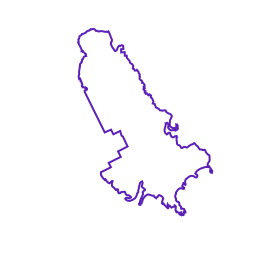 Shellharbour, New South Wales, Australia (Albers equal-area conic projection), rotated 54°
{"feature_id": "25037944B55724853403969", "entity_name": "Shellharbour", "entity_type": "district", "adm_level": 2, "iso_a3": "AUS", "parent_name": "Australia", "parent_adm1": "New South Wales", "projection": "albers", "projection_center": [150.774, -34.59], "detail": "fine", "context": "isolated", "style": "outline", "palette": "violet", "viewbox_px": 256, "rotation_deg": 54, "n_neighbors": 0, "source": "geoboundaries", "source_scale": "gbopen_adm2", "svg_char_len": 5819}
<svg xmlns="http://www.w3.org/2000/svg" viewBox="0 0 256 256"><g transform="rotate(54 128 128)"><path d="M197.4,163.3L196.9,163.0L197.0,161.5L194.0,157.1L193.3,154.5L193.2,151.8L193.8,150.5L197.4,147.8L197.9,146.9L199.3,147.1L201.3,146.5L200.8,145.6L201.1,145.1L201.2,144.3L200.4,143.1L200.7,142.0L203.3,140.8L205.6,140.8L206.1,141.2L206.4,142.0L207.8,143.9L208.7,144.7L209.8,144.7L210.0,144.6L210.1,144.0L209.8,143.6L210.0,143.5L211.2,143.8L213.9,143.4L214.7,142.8L215.3,143.2L216.3,143.0L216.5,142.7L216.0,142.0L213.4,141.2L213.1,140.8L214.0,141.0L215.2,139.9L217.9,139.7L218.3,137.8L218.7,137.2L218.6,136.4L217.9,135.7L218.0,135.6L219.8,135.5L222.2,137.8L223.0,137.8L223.3,138.1L224.2,138.3L224.7,138.2L224.7,137.4L225.6,137.2L226.3,136.7L227.9,137.1L230.0,136.2L230.0,135.9L229.7,135.7L227.6,135.2L227.3,134.9L227.4,134.5L228.6,134.8L229.4,134.5L230.2,135.1L230.9,134.7L231.1,134.3L231.0,134.1L230.3,134.1L230.0,133.0L228.7,132.1L230.1,131.2L229.9,130.9L229.4,131.0L228.5,130.6L226.4,130.3L225.6,131.0L225.2,131.8L224.4,132.5L223.9,132.3L223.5,131.6L222.1,131.4L220.2,131.7L218.9,130.6L218.1,130.6L217.6,130.6L216.6,131.5L214.9,131.7L213.3,130.6L212.2,130.6L210.8,129.8L210.1,129.1L209.6,128.0L208.4,127.1L207.4,124.4L207.2,122.4L207.3,121.5L208.1,120.2L209.9,119.0L210.1,118.3L209.3,117.6L207.6,118.3L207.0,118.3L206.5,118.0L206.2,116.9L205.9,116.4L205.2,115.9L205.1,115.3L205.7,115.0L207.4,115.2L207.8,115.0L207.7,114.7L207.2,114.3L205.8,114.0L204.0,112.4L203.5,111.5L203.3,109.2L203.3,107.0L203.8,105.0L205.5,103.2L207.5,102.6L208.3,101.5L208.1,100.6L207.1,99.7L206.3,99.6L205.7,100.1L204.4,100.3L203.7,98.8L203.2,96.6L203.5,93.2L204.7,89.2L205.9,87.1L207.2,85.6L207.3,84.9L206.8,84.8L205.7,85.6L204.7,85.4L203.6,84.1L202.7,81.8L202.1,80.9L198.3,78.4L197.7,78.3L196.9,78.8L193.8,79.3L191.3,78.6L190.6,78.9L189.9,80.5L188.9,80.8L187.6,82.5L185.6,82.6L184.0,82.4L182.0,83.0L180.0,83.0L179.1,83.3L179.2,85.0L178.6,86.5L178.4,88.6L178.5,91.6L178.0,92.3L176.7,93.0L176.1,94.3L176.0,96.0L175.3,96.6L172.9,96.3L170.8,97.6L169.8,97.7L165.0,95.0L164.6,94.5L164.3,93.7L163.8,93.9L163.0,93.5L162.2,95.1L162.4,96.0L161.9,97.3L160.4,98.0L159.1,97.6L158.4,97.7L157.0,97.0L156.4,97.0L155.9,97.6L155.8,98.3L155.7,98.8L156.0,99.1L156.0,100.4L153.9,100.8L152.1,100.3L150.4,99.0L148.2,96.2L147.2,95.2L146.7,95.0L147.0,94.8L146.6,93.7L146.9,93.2L148.5,93.2L150.1,94.0L151.0,95.1L151.4,95.4L153.8,95.2L155.4,94.4L156.4,92.3L157.5,91.5L156.1,91.1L155.9,90.6L156.5,90.5L157.5,89.5L158.1,89.6L158.3,89.1L157.6,87.8L156.6,87.5L155.4,86.5L154.1,86.2L153.5,86.8L154.5,87.1L154.3,87.4L155.6,88.1L155.5,90.5L153.8,92.2L151.7,92.9L150.4,92.7L148.1,91.0L146.2,89.2L145.2,87.0L144.3,85.7L143.0,85.3L141.6,85.6L139.6,86.9L137.7,87.6L136.2,87.3L135.6,87.5L135.1,88.1L134.3,89.9L132.4,91.8L130.6,91.8L129.8,92.4L128.8,92.6L127.7,93.4L124.4,92.3L122.7,93.6L121.8,92.1L121.1,91.7L118.2,91.1L116.8,91.6L116.2,91.3L115.3,90.3L114.6,90.6L113.6,90.7L113.8,91.4L113.6,92.3L112.6,92.4L111.5,92.1L110.8,92.6L110.8,93.3L110.7,93.6L109.6,93.2L109.1,93.6L108.2,93.0L108.5,92.2L108.4,92.1L107.7,92.5L105.6,92.7L105.4,92.4L105.8,92.1L105.7,91.3L105.1,91.6L104.2,91.3L104.7,90.6L104.1,90.2L103.6,90.2L103.3,89.5L102.8,89.2L100.0,89.4L99.6,90.0L99.0,89.3L97.6,89.0L97.1,89.5L95.2,89.8L94.4,89.4L93.5,88.1L92.5,88.1L91.7,87.1L90.6,86.9L89.9,87.1L88.4,86.4L87.2,86.8L86.2,86.7L86.3,87.4L85.5,88.8L83.8,88.5L82.8,89.2L82.3,88.9L81.2,87.4L80.5,87.1L79.7,87.3L78.8,87.1L76.8,88.0L76.1,87.9L75.0,87.3L70.7,87.7L68.7,86.5L67.7,88.1L64.7,86.1L62.9,89.1L60.2,87.3L61.4,85.3L58.7,83.6L57.4,84.2L57.2,84.8L57.1,86.2L56.3,86.6L56.6,88.4L58.4,91.4L58.4,93.0L57.9,93.3L53.5,93.2L50.5,92.7L48.7,91.5L48.6,90.3L46.9,89.0L44.4,88.5L41.6,87.6L38.3,87.0L38.1,88.5L37.4,88.8L36.8,89.9L34.0,92.5L32.9,94.3L32.9,94.8L32.3,95.4L31.3,95.7L30.7,96.8L28.4,97.0L27.9,97.4L27.0,98.7L26.7,99.7L26.3,100.0L26.6,100.2L26.3,101.1L26.3,102.4L25.9,102.8L26.0,103.7L25.6,104.3L26.0,106.1L25.6,108.6L24.9,110.0L25.4,111.0L25.3,113.3L27.0,115.1L27.1,116.0L29.6,117.5L29.5,118.1L37.7,119.5L38.6,120.5L39.2,119.5L39.4,119.8L40.0,119.8L40.7,119.3L41.7,119.0L42.4,119.1L43.5,118.6L44.1,119.1L45.2,119.5L44.5,121.3L44.5,122.1L45.7,123.8L45.5,124.8L46.8,125.8L47.0,126.5L47.2,126.4L47.7,126.9L48.0,129.0L49.4,130.5L49.8,130.4L50.8,131.7L54.4,135.1L55.7,135.7L57.0,137.4L59.0,138.6L59.5,138.7L59.2,137.9L59.6,137.7L62.0,138.2L62.4,138.9L63.3,138.6L64.1,138.7L64.6,138.9L64.7,139.2L65.7,139.3L67.0,140.2L66.9,140.6L68.2,140.8L68.2,140.2L69.1,140.0L69.7,139.4L69.9,138.6L71.9,137.9L72.8,138.7L72.4,139.6L72.0,139.8L72.4,140.1L72.2,140.3L72.4,141.3L73.3,141.8L117.9,149.4L119.4,142.7L124.5,143.5L125.8,136.1L130.4,137.7L131.7,137.2L132.2,137.2L142.7,139.2L141.1,149.8L147.1,150.8L144.9,164.1L149.7,164.9L147.9,175.9L149.0,176.8L150.4,177.3L150.4,177.5L153.0,177.7L155.9,177.4L156.5,177.3L156.2,176.4L157.6,176.3L158.9,176.5L160.9,176.1L161.8,175.5L161.5,172.0L162.0,171.7L163.0,173.4L165.5,175.0L167.1,174.8L167.5,174.5L171.0,174.2L171.1,173.7L171.0,173.1L171.6,172.3L171.8,172.3L171.8,172.9L172.1,173.2L172.7,173.1L173.4,173.4L173.6,173.1L174.6,173.8L175.4,173.8L176.1,172.5L175.8,171.5L177.0,169.0L177.7,168.3L178.1,168.0L178.5,168.1L179.9,168.7L180.7,168.7L181.6,168.3L183.1,166.8L185.2,166.2L185.8,166.2L186.0,166.4L185.9,167.2L185.6,168.3L184.2,169.4L183.3,170.6L183.6,171.8L185.0,171.7L186.1,171.3L187.4,170.2L188.1,169.2L188.8,166.6L189.0,163.7L188.7,162.9L188.1,161.2L186.3,159.1L186.1,157.7L184.7,156.5L179.6,150.8L179.3,149.4L179.5,148.0L181.0,148.4L183.2,151.1L184.3,151.3L187.3,150.4L188.1,150.6L188.3,151.3L188.1,152.4L188.6,153.9L189.4,154.1L190.5,154.9L193.5,160.2L195.3,162.4L195.7,163.5L196.3,164.0L196.8,163.9L197.4,163.3ZM209.2,85.2L210.3,85.8L210.7,86.6L211.5,87.2L212.9,87.2L213.6,86.3L212.1,85.0L210.5,85.2L209.3,84.9L209.2,85.2Z" fill="none" stroke="#5b21b6" stroke-width="2"/></g></svg>